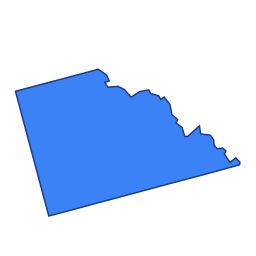 Loving, Texas, United States of America, rotated 165°
{"feature_id": "52423323B28459712837049", "entity_name": "Loving", "entity_type": "district", "adm_level": 2, "iso_a3": "USA", "parent_name": "United States of America", "parent_adm1": "Texas", "projection": "natural_earth1", "projection_center": [-103.775, 31.826], "detail": "fine", "context": "isolated", "style": "filled", "palette": "blue", "viewbox_px": 256, "rotation_deg": 165, "n_neighbors": 0, "source": "geoboundaries", "source_scale": "gbopen_adm2", "svg_char_len": 608}
<svg xmlns="http://www.w3.org/2000/svg" viewBox="0 0 256 256"><g transform="rotate(165 128 128)"><path d="M227.3,63.5L107.6,63.5L99.9,63.5L61.5,63.4L29.8,63.6L28.7,65.8L31.6,71.3L38.4,68.3L41.6,77.9L39.4,80.5L41.7,84.1L47.3,84.9L49.3,89.2L48.4,94.3L50.3,99.7L59.4,103.6L58.4,111.6L72.3,104.5L75.4,105.1L75.6,114.5L80.3,120.5L77.9,123.3L82.1,129.6L81.4,139.7L85.1,148.6L88.9,146.9L90.0,151.0L97.2,155.6L98.1,159.4L107.2,160.1L117.0,156.9L121.7,166.2L126.8,170.8L137.0,172.7L138.5,178.2L134.0,178.2L134.9,184.4L141.5,192.4L227.2,192.6L227.3,63.5Z" fill="#3b82f6" stroke="#1e3a8a" stroke-width="1.5"/></g></svg>